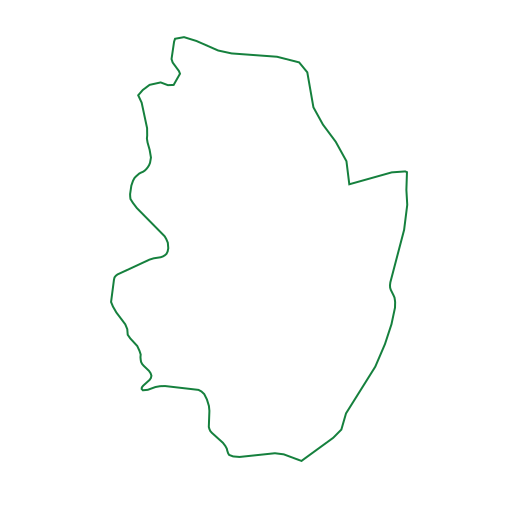 Morazán, Mercator projection, rotated 11°
{"feature_id": "SLV-1351", "entity_name": "Morazán", "entity_type": "Department", "adm_level": 1, "iso_a3": "SLV", "parent_name": "El Salvador", "parent_adm1": "", "projection": "mercator", "projection_center": [-88.158, 13.767], "detail": "fine", "context": "isolated", "style": "outline", "palette": "green", "viewbox_px": 512, "rotation_deg": 11, "n_neighbors": 0, "source": "natural_earth", "source_scale": "10m", "svg_char_len": 1781}
<svg xmlns="http://www.w3.org/2000/svg" viewBox="0 0 512 512"><g transform="rotate(11 256 256)"><path d="M143.6,54.9L156.6,56.3L158.7,56.8L179.6,61.5L193.4,61.8L238.6,56.4L261.4,57.7L271.3,65.9L284.0,99.1L296.6,114.2L312.5,128.7L326.7,145.7L333.9,167.8L373.3,148.0L386.3,144.5L388.2,144.9L391.0,162.4L394.7,176.9L396.4,202.1L392.9,256.2L393.1,259.1L393.7,261.5L394.7,263.4L398.6,268.5L399.9,270.4L400.7,272.6L401.4,274.8L402.3,280.2L402.0,297.2L399.4,317.9L394.2,341.9L374.4,393.3L372.9,410.1L366.5,419.7L339.7,448.5L321.1,445.4L312.2,446.0L278.2,456.4L271.8,457.1L267.6,456.4L266.3,455.0L264.9,452.5L264.1,450.7L262.1,448.3L259.2,445.7L246.4,438.0L244.6,436.6L243.3,434.8L242.3,432.8L239.8,416.9L238.4,412.2L235.2,406.2L231.5,401.4L228.3,399.4L225.1,398.4L191.6,401.0L186.7,402.1L182.3,403.8L175.3,408.0L170.6,409.4L169.1,408.3L169.0,406.8L170.0,404.8L175.2,397.9L176.1,395.8L176.2,393.5L174.9,391.2L172.9,389.2L166.7,385.2L164.8,383.7L163.4,381.9L162.6,379.8L161.9,377.4L161.6,374.7L159.7,371.3L156.6,367.0L148.3,360.9L145.1,357.8L143.6,352.4L140.7,348.0L129.7,338.1L125.2,332.9L122.5,328.8L121.1,306.4L121.2,304.0L122.2,302.1L123.6,300.5L152.1,279.9L156.0,277.8L162.7,275.4L164.7,274.2L166.4,272.7L167.7,271.0L168.4,268.4L168.4,265.1L166.9,259.8L164.6,256.4L162.6,254.1L129.9,231.7L125.0,227.3L121.9,224.0L121.2,221.8L120.6,219.3L120.2,210.7L120.9,205.7L121.4,204.0L121.9,202.5L123.0,200.8L125.6,197.4L127.2,196.1L129.0,194.9L130.5,193.4L131.8,191.5L132.8,189.6L133.7,187.3L134.2,184.8L134.1,179.4L131.3,172.0L127.9,165.3L126.5,161.5L126.2,158.5L124.7,151.3L114.5,127.3L109.7,120.7L113.2,114.6L118.9,108.3L129.3,103.8L136.9,105.1L142.5,103.8L146.6,91.6L145.1,89.2L137.3,82.0L135.5,78.8L134.7,61.2L135.1,58.2L143.6,54.9Z" fill="none" stroke="#15803d" stroke-width="2"/></g></svg>